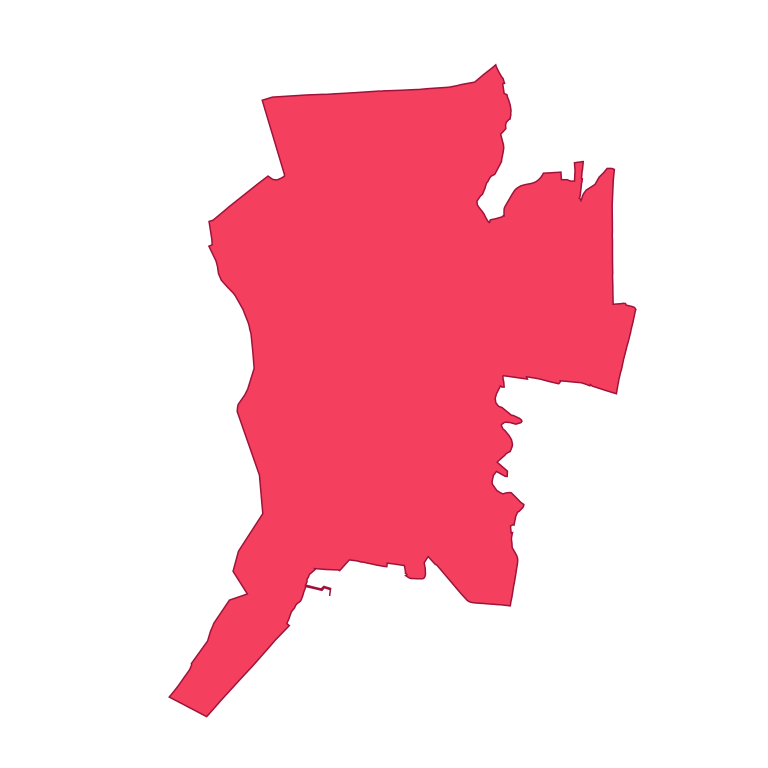 Zacatepec, Morelos, Mexico, rotated 351°
{"feature_id": "50627088B6511660519549", "entity_name": "Zacatepec", "entity_type": "district", "adm_level": 2, "iso_a3": "MEX", "parent_name": "Mexico", "parent_adm1": "Morelos", "projection": "orthographic", "projection_center": [-99.2, 18.65], "detail": "fine", "context": "isolated", "style": "filled", "palette": "rose", "viewbox_px": 768, "rotation_deg": 351, "n_neighbors": 0, "source": "geoboundaries", "source_scale": "gbopen_adm2", "svg_char_len": 6109}
<svg xmlns="http://www.w3.org/2000/svg" viewBox="0 0 768 768"><g transform="rotate(351 384 384)"><path d="M642.3,218.8L645.1,208.1L642.7,206.7L638.1,206.0L633.8,209.8L628.9,213.3L624.8,218.4L623.6,219.9L617.8,222.5L614.1,224.1L611.0,227.1L609.2,229.8L608.4,231.8L607.2,233.7L606.5,231.0L606.0,230.9L607.0,229.3L608.8,223.0L610.6,216.3L610.7,216.2L611.3,214.9L612.0,212.3L611.2,212.0L612.7,205.7L613.6,203.2L615.6,195.5L614.1,195.3L612.7,195.5L610.2,195.3L608.6,195.3L606.7,195.3L606.3,200.4L606.1,202.9L603.9,213.4L601.6,213.0L600.4,212.8L600.0,212.7L598.7,212.1L597.2,211.0L595.5,210.6L593.2,210.3L591.2,209.9L591.9,202.4L588.1,202.1L586.5,201.9L585.6,201.8L581.6,201.5L579.9,201.3L578.4,201.1L575.8,200.9L574.4,200.7L573.0,202.6L571.2,204.5L568.4,206.6L568.0,206.8L566.0,207.9L563.8,208.5L561.6,208.9L559.8,209.0L556.1,209.1L553.2,209.3L550.1,209.7L548.3,210.4L546.8,211.0L545.4,211.7L543.4,213.1L540.2,216.7L536.7,221.0L533.0,225.5L530.8,228.3L530.0,230.0L529.4,233.1L529.0,235.8L529.0,236.7L528.1,236.4L527.3,237.2L526.8,237.4L522.5,237.9L519.5,238.3L517.4,238.4L515.6,238.4L514.9,238.5L514.3,238.9L513.9,240.2L513.8,240.9L513.1,241.0L512.2,239.6L510.9,236.6L509.9,233.5L509.2,231.3L508.0,228.9L506.3,226.0L505.2,223.9L504.2,221.7L504.4,218.0L508.5,213.6L511.0,211.9L513.3,208.2L514.4,206.5L515.0,204.9L516.7,201.7L517.2,201.1L518.0,200.6L520.5,197.2L522.6,195.3L523.9,195.1L526.3,194.1L526.5,193.9L534.8,182.8L535.3,180.9L537.9,173.8L539.2,169.7L539.4,166.4L538.3,155.4L539.0,155.0L541.7,153.0L544.3,150.8L544.5,147.7L545.6,144.8L548.9,142.2L549.9,142.1L551.5,137.6L551.4,136.8L552.2,134.1L552.3,131.5L552.3,128.2L551.4,121.9L551.1,121.7L550.9,120.5L550.7,117.5L548.1,115.8L548.2,106.3L548.6,105.8L550.1,105.9L549.7,103.4L549.4,100.9L548.5,99.6L546.9,95.6L545.7,92.1L544.5,88.0L544.3,86.2L540.4,88.6L531.0,93.8L520.8,100.0L507.9,100.3L501.9,100.8L494.7,101.0L494.2,101.0L473.2,99.1L463.4,98.5L462.8,98.3L457.4,97.7L449.1,96.8L447.0,96.6L445.6,96.4L435.7,95.2L429.3,94.4L426.8,94.3L425.1,93.9L401.9,91.8L392.7,90.9L380.1,89.6L373.2,89.0L367.8,88.2L352.6,86.4L318.7,83.2L308.1,84.7L318.3,160.4L318.5,160.5L318.5,161.1L318.1,163.2L314.6,164.6L310.3,165.7L306.2,164.6L302.0,160.5L291.2,166.3L258.5,184.8L254.8,187.1L240.9,195.4L236.6,196.1L236.6,213.7L236.1,219.6L232.6,220.5L237.3,236.1L237.9,241.8L237.8,249.2L239.6,256.1L244.8,264.2L249.3,270.5L251.0,273.8L256.4,288.3L257.6,294.0L259.4,301.8L260.0,306.2L259.9,307.9L260.5,313.6L259.5,331.2L258.2,348.2L248.5,367.9L244.7,373.1L237.6,380.5L236.7,381.5L235.6,384.5L234.7,388.2L246.7,454.5L244.0,493.1L214.1,526.4L205.6,545.4L216.2,570.0L197.5,573.3L178.5,593.7L176.8,596.7L174.0,601.0L169.6,610.2L150.0,630.0L150.0,631.5L147.4,635.7L140.8,642.4L133.9,649.6L128.2,654.9L122.9,659.6L156.8,684.8L159.7,682.5L161.1,681.3L165.8,677.4L174.0,670.6L196.4,652.7L210.7,641.5L228.7,626.6L236.4,620.1L252.7,607.8L250.9,605.9L250.5,605.4L253.3,601.2L256.0,596.1L256.9,594.5L257.8,593.7L258.2,593.3L258.9,592.7L260.5,591.3L262.0,589.1L262.2,588.7L264.0,587.2L265.7,586.4L267.0,585.7L268.0,584.8L268.8,583.7L269.4,582.5L270.0,581.6L270.7,580.2L271.5,578.7L271.9,577.6L272.4,576.7L272.9,575.7L274.7,572.6L275.0,571.9L275.8,572.1L286.0,576.2L290.4,578.1L293.2,575.8L298.9,578.8L297.1,584.8L299.3,577.6L292.9,574.5L290.0,576.6L286.4,575.2L276.6,571.0L274.9,570.6L277.1,567.2L277.2,565.5L277.7,564.5L279.3,562.7L280.5,560.4L282.6,559.2L283.7,558.5L285.3,557.5L287.4,556.2L286.8,555.5L287.3,555.6L297.5,558.1L309.7,560.5L311.0,561.4L313.9,559.1L322.2,552.3L329.7,554.5L333.9,556.4L335.5,556.6L338.1,557.7L340.4,558.6L345.2,560.4L348.1,561.6L352.8,563.2L354.4,563.8L358.2,564.9L359.2,561.4L364.1,562.9L365.0,563.1L375.7,566.5L375.8,569.9L375.8,573.3L375.5,574.3L376.7,575.4L376.7,575.6L376.8,575.9L376.2,576.4L375.9,576.6L375.5,576.7L377.9,578.9L379.1,579.8L380.7,580.5L383.0,580.8L386.3,581.6L391.5,582.4L393.0,582.1L394.2,580.8L395.2,578.5L395.9,572.5L395.8,570.1L395.7,567.7L395.9,566.6L400.5,561.5L400.6,561.4L406.5,570.3L407.8,571.0L427.2,603.0L432.3,610.7L433.7,612.0L434.8,612.7L435.9,613.2L437.7,613.9L440.7,614.7L444.5,615.6L445.0,615.7L445.9,615.9L449.1,616.6L450.8,617.1L458.3,618.8L461.2,619.6L464.7,620.3L474.0,622.9L475.2,619.2L475.3,618.8L476.6,615.6L476.9,614.8L478.0,611.4L478.5,610.0L479.3,607.4L480.2,604.7L480.5,603.6L481.5,601.2L481.7,600.6L484.6,591.9L485.7,588.3L487.2,583.9L487.3,583.6L487.9,581.5L488.3,580.0L488.6,578.3L488.6,576.6L488.2,574.2L486.9,570.5L485.1,566.0L485.1,564.6L485.4,561.8L485.6,557.2L486.0,555.5L486.4,554.3L487.4,551.6L487.7,550.9L486.4,551.1L486.3,550.8L486.7,544.1L489.5,543.1L490.3,543.7L493.5,535.2L496.1,531.2L497.1,531.2L501.8,527.8L502.8,526.3L503.3,524.9L500.7,522.5L496.0,515.8L494.6,513.9L492.7,511.4L491.0,510.8L487.5,510.7L484.3,511.1L482.1,509.7L478.8,506.9L475.4,500.0L475.5,497.2L477.8,491.3L481.4,488.0L489.2,494.1L491.2,494.6L492.3,489.4L483.6,479.1L483.7,478.7L490.9,474.1L491.9,473.5L492.2,473.3L493.4,472.2L495.2,471.3L498.1,470.4L500.7,466.0L501.5,463.7L501.2,458.9L499.4,454.4L496.1,448.8L494.4,447.0L494.0,445.0L493.4,443.8L493.6,442.6L494.8,441.8L495.0,441.8L496.6,440.9L498.0,440.7L502.2,441.7L507.9,444.3L513.1,443.6L514.4,442.5L514.1,441.0L512.5,439.2L506.8,435.3L505.0,434.8L496.9,425.7L493.6,423.9L491.5,419.9L491.6,415.5L493.6,411.2L498.4,404.6L498.6,404.1L500.0,405.5L502.2,405.8L502.6,400.7L502.4,398.0L502.6,395.1L503.1,394.5L506.6,395.5L526.4,401.6L525.8,399.1L530.5,400.7L533.7,401.7L539.0,403.6L548.2,407.7L556.6,411.1L558.7,409.3L558.6,408.4L578.9,413.6L582.4,415.3L587.1,418.0L587.8,416.8L589.3,418.6L602.2,425.2L611.8,429.9L612.0,430.0L615.3,420.3L616.0,418.6L616.5,416.8L619.6,409.2L620.9,406.7L624.5,397.1L627.1,391.2L629.8,384.9L629.9,384.5L631.5,381.3L635.9,371.0L636.4,369.3L639.4,362.3L643.7,351.1L644.4,349.8L643.4,347.6L641.2,346.3L635.5,343.9L635.1,342.3L633.1,341.7L632.0,341.8L628.7,341.6L626.7,341.4L622.8,341.1L624.5,328.6L625.2,324.1L626.7,312.5L627.2,310.7L627.9,305.5L628.7,299.8L630.7,286.9L632.2,277.5L632.5,274.2L633.7,267.7L634.3,263.2L634.8,260.6L634.8,260.3L636.8,246.5L637.4,242.7L639.0,235.0L642.3,218.8Z" fill="#f43f5e" stroke="#9f1239" stroke-width="1.5"/></g></svg>